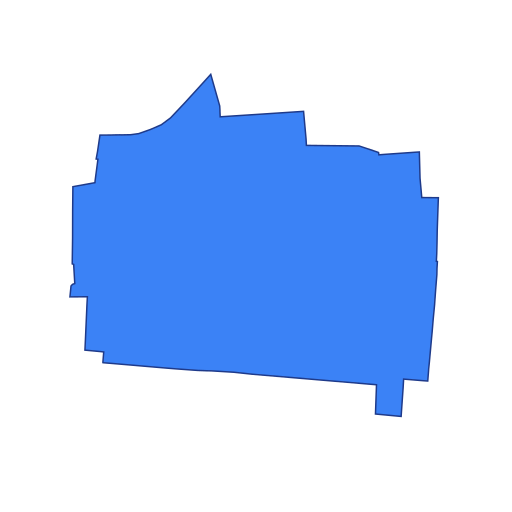 Cezieni, Olt, Romania (Albers equal-area conic projection), rotated 168°
{"feature_id": "2599482B37595312342711", "entity_name": "Cezieni", "entity_type": "district", "adm_level": 2, "iso_a3": "ROU", "parent_name": "Romania", "parent_adm1": "Olt", "projection": "albers", "projection_center": [24.269, 44.184], "detail": "fine", "context": "isolated", "style": "filled", "palette": "blue", "viewbox_px": 512, "rotation_deg": 168, "n_neighbors": 0, "source": "geoboundaries", "source_scale": "gbopen_adm2", "svg_char_len": 1417}
<svg xmlns="http://www.w3.org/2000/svg" viewBox="0 0 512 512"><g transform="rotate(168 256 256)"><path d="M362.3,402.4L362.7,402.5L363.9,402.8L369.5,403.9L372.8,404.5L383.5,406.7L389.3,391.1L392.2,384.1L390.5,383.5L397.8,362.9L398.3,361.2L420.7,361.9L426.0,338.1L431.7,311.6L433.2,305.0L437.4,286.5L436.1,285.7L439.0,266.7L441.1,266.5L441.7,266.2L443.2,265.1L444.0,262.5L446.5,254.7L429.4,251.2L431.4,243.8L440.1,210.2L442.9,199.5L428.2,194.9L424.9,193.8L426.7,187.8L427.8,184.1L427.9,183.5L427.4,183.3L420.7,181.3L397.9,174.4L393.0,172.9L371.6,166.4L358.3,162.4L336.5,156.1L332.8,155.2L328.1,154.0L323.8,153.0L301.8,146.9L283.8,141.0L214.4,120.0L164.9,105.0L172.0,76.6L170.4,76.1L147.4,68.9L141.3,90.2L139.8,95.4L139.3,97.2L137.2,104.9L119.2,99.5L114.0,98.0L111.3,107.1L110.6,109.6L108.4,116.4L108.0,117.7L101.0,140.3L99.3,145.7L95.7,157.7L91.5,171.0L90.2,175.6L87.0,186.6L83.0,200.0L81.5,206.4L79.7,212.9L80.7,213.3L78.8,220.4L76.3,230.8L73.3,243.8L69.4,259.5L65.5,275.1L81.7,278.7L79.4,297.9L74.6,323.8L78.7,324.4L110.7,328.9L114.8,329.4L114.7,330.6L114.6,331.7L114.8,331.9L118.8,334.3L132.3,342.2L183.7,353.7L182.7,360.1L179.4,387.6L220.2,393.5L262.1,399.6L261.1,405.5L261.0,405.8L260.3,410.3L262.5,443.1L279.3,431.0L286.2,426.1L288.4,424.5L293.0,421.2L310.8,408.9L320.6,404.4L321.2,404.1L333.0,401.7L345.3,400.1L353.4,400.7L358.6,401.7L362.3,402.4Z" fill="#3b82f6" stroke="#1e3a8a" stroke-width="1.5"/></g></svg>